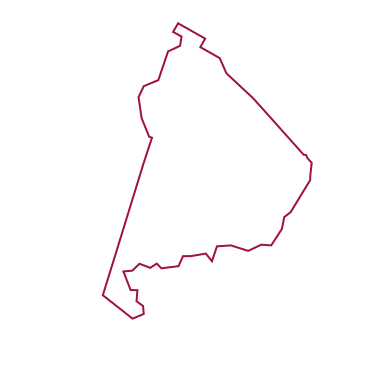 the district of Ascension, Louisiana, United States of America, rotated 120°
{"feature_id": "52423323B72643453207653", "entity_name": "Ascension", "entity_type": "district", "adm_level": 2, "iso_a3": "USA", "parent_name": "United States of America", "parent_adm1": "Louisiana", "projection": "mercator", "projection_center": [-90.876, 30.204], "detail": "fine", "context": "isolated", "style": "outline", "palette": "rose", "viewbox_px": 384, "rotation_deg": 120, "n_neighbors": 0, "source": "geoboundaries", "source_scale": "gbopen_adm2", "svg_char_len": 773}
<svg xmlns="http://www.w3.org/2000/svg" viewBox="0 0 384 384"><g transform="rotate(120 192 192)"><path d="M326.0,217.6L331.4,180.2L321.7,172.8L315.2,177.4L314.4,185.4L304.3,190.2L307.6,196.1L295.1,211.7L290.0,204.4L280.4,201.6L278.6,190.3L271.6,186.7L273.4,180.4L263.0,166.6L252.0,167.7L248.0,160.8L238.4,149.2L242.0,140.1L226.6,143.2L218.8,131.6L214.9,113.9L203.0,105.7L198.6,96.7L179.0,95.7L167.6,99.6L160.1,96.5L122.6,95.6L119.4,97.4L106.9,102.9L105.1,108.6L102.9,111.9L103.9,114.0L88.9,159.4L80.3,185.8L72.0,221.5L62.2,234.9L62.4,257.2L52.6,257.3L52.9,288.4L62.8,288.4L62.6,278.8L71.3,275.4L82.2,283.0L111.9,277.1L124.5,286.7L136.6,285.7L153.2,272.6L165.5,256.8L165.0,253.8L192.2,248.1L287.2,226.4L326.0,217.6Z" fill="none" stroke="#9f1239" stroke-width="2"/></g></svg>